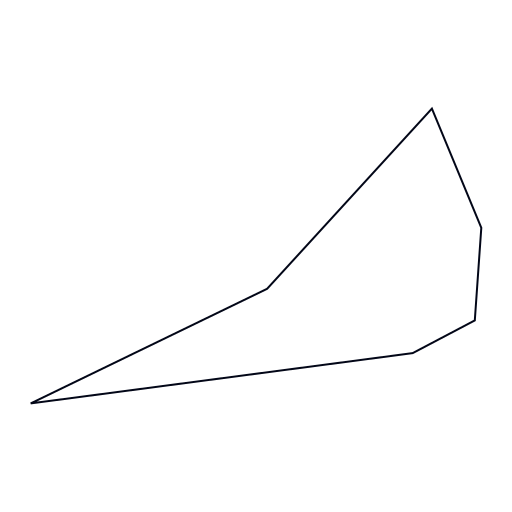 outline of Sandy Ground
{"feature_id": "AIA-5120", "entity_name": "Sandy Ground", "entity_type": "District", "adm_level": 1, "iso_a3": "AIA", "parent_name": "Anguilla", "parent_adm1": "", "projection": "mercator", "projection_center": [-63.084, 18.219], "detail": "fine", "context": "isolated", "style": "outline", "palette": "ink", "viewbox_px": 512, "rotation_deg": 0, "n_neighbors": 0, "source": "natural_earth", "source_scale": "10m", "svg_char_len": 209}
<svg xmlns="http://www.w3.org/2000/svg" viewBox="0 0 512 512"><path d="M30.7,403.4L267.1,288.8L431.9,108.6L481.3,227.8L474.8,320.4L412.7,353.1L30.7,403.4Z" fill="none" stroke="#020617" stroke-width="2"/></svg>